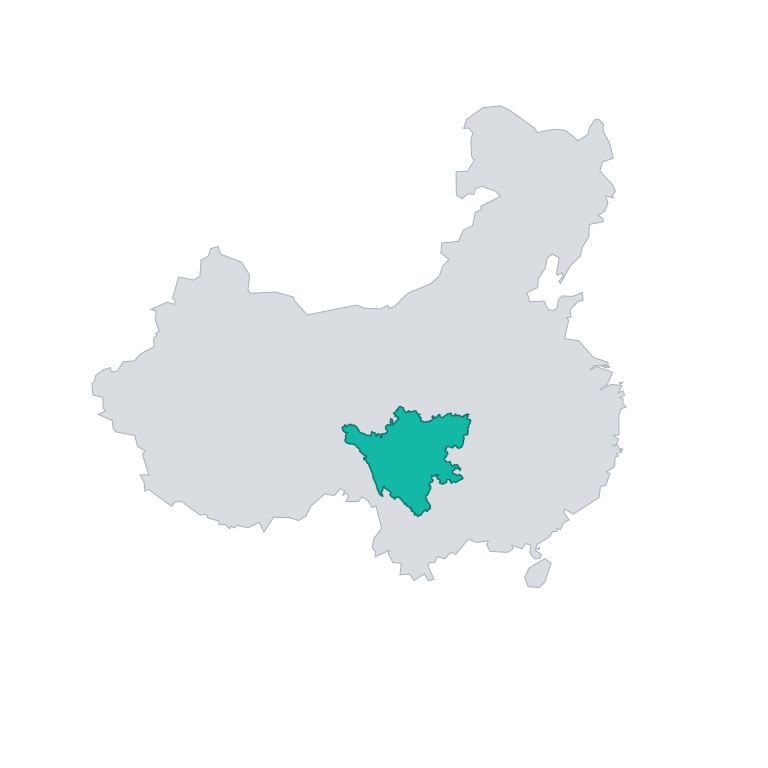 China, with Sichuan highlighted, rotated 344°
{"feature_id": "CHN-1809", "entity_name": "Sichuan", "entity_type": "Province", "adm_level": 1, "iso_a3": "CHN", "parent_name": "China", "parent_adm1": "", "projection": "orthographic", "projection_center": [103.034, 30.167], "detail": "fine", "context": "in_parent", "style": "filled", "palette": "teal", "viewbox_px": 768, "rotation_deg": 344, "n_neighbors": 0, "source": "natural_earth", "source_scale": "10m", "svg_char_len": 9814}
<svg xmlns="http://www.w3.org/2000/svg" viewBox="0 0 768 768"><g transform="rotate(344 384 384)"><path d="M456.3,579.9L439.9,574.2L438.3,567.3L441.1,563.6L429.4,562.0L422.3,556.5L406.0,567.5L402.0,564.3L394.1,568.7L387.8,564.7L383.5,569.6L378.3,568.1L376.0,571.2L378.4,585.8L372.4,585.2L370.4,577.7L358.7,581.1L356.0,573.8L346.8,571.8L351.2,561.2L343.3,557.9L341.3,548.3L343.4,545.5L327.7,547.6L329.7,543.5L327.7,538.0L331.5,529.9L341.9,522.1L342.7,499.3L338.5,499.4L336.4,491.4L331.4,486.3L327.3,489.9L315.2,486.6L319.0,482.1L317.5,478.2L313.9,479.7L316.7,475.5L313.2,472.6L305.3,477.6L296.7,473.3L280.1,481.2L272.5,489.6L264.2,491.8L256.5,486.3L240.9,481.7L227.8,493.3L225.9,482.6L214.0,484.7L203.0,479.2L200.4,481.2L197.6,478.3L195.6,480.7L192.8,475.3L186.6,473.8L187.5,470.2L177.8,464.2L177.0,459.9L171.2,459.4L157.0,441.2L150.3,439.7L146.2,443.0L128.6,420.5L124.6,421.0L126.3,412.4L124.4,404.2L132.9,406.4L132.4,385.5L135.8,382.3L129.9,376.1L130.2,364.8L113.1,356.1L111.3,352.3L112.8,344.4L100.8,334.4L108.7,333.1L107.4,329.8L110.0,319.4L101.3,314.2L103.3,303.0L106.3,302.1L109.0,296.4L118.4,292.9L125.5,292.8L125.3,297.2L131.3,298.1L139.3,290.8L150.6,292.9L158.1,288.0L173.5,284.8L175.0,276.7L179.2,274.8L178.4,272.4L182.4,271.6L181.8,258.9L185.2,251.3L180.5,248.1L198.1,245.5L204.6,249.7L206.4,246.1L204.4,243.4L216.0,224.6L230.0,231.7L236.8,229.7L242.3,214.3L250.3,212.7L254.7,206.1L262.7,206.3L262.6,214.1L280.7,227.7L284.8,242.6L279.3,255.5L280.6,260.0L304.8,265.6L321.1,275.5L320.6,278.6L329.3,296.4L379.5,300.6L386.0,305.7L401.5,311.0L409.4,309.3L409.4,312.2L414.3,312.9L431.8,303.4L457.1,300.3L467.1,295.3L472.3,287.5L480.7,282.0L474.7,273.9L478.4,264.5L494.7,267.3L502.6,258.1L512.8,256.1L519.0,244.5L525.8,242.8L526.2,239.8L547.5,235.7L544.8,229.8L532.0,220.8L525.6,221.6L522.8,226.4L517.1,224.3L510.0,227.5L505.7,222.2L511.8,199.8L522.6,202.4L532.6,193.9L530.9,189.8L534.6,174.0L538.5,167.1L536.2,161.4L531.0,160.3L536.4,152.3L555.3,145.7L572.5,148.7L580.5,155.8L599.2,179.6L600.7,184.6L617.8,186.0L628.5,190.3L637.5,203.6L649.0,200.1L652.3,193.8L659.8,188.0L663.2,188.5L666.7,194.8L664.3,201.2L667.2,214.7L666.6,230.2L655.3,230.7L650.2,238.7L659.0,256.4L659.4,262.8L654.6,266.4L656.3,268.6L648.8,264.2L649.3,271.6L644.1,278.5L636.4,281.0L640.0,285.3L639.6,288.4L625.3,287.2L621.4,299.1L612.5,306.9L608.3,315.0L595.5,321.8L581.4,336.0L580.3,333.6L585.5,330.2L586.1,326.4L580.8,327.3L580.2,325.2L587.3,311.1L581.8,305.7L575.7,307.7L570.7,317.5L561.2,325.4L558.4,333.5L546.6,335.7L546.8,345.2L560.7,348.4L562.4,357.8L566.3,359.8L571.1,358.9L574.9,351.2L579.5,348.4L589.5,351.8L600.0,350.8L598.2,358.8L593.7,357.9L583.1,364.1L582.5,371.0L577.7,370.8L579.2,373.5L570.0,390.2L583.0,396.1L592.8,416.4L605.1,424.7L604.8,427.5L590.4,424.3L585.5,427.4L592.8,425.6L607.0,435.8L598.2,446.4L593.2,447.2L590.7,449.6L602.3,446.9L612.3,451.1L606.8,457.3L611.9,456.3L612.1,461.1L606.9,462.1L609.8,464.0L608.2,468.5L610.4,472.9L605.1,473.3L601.3,478.2L595.8,497.7L590.3,496.5L594.4,502.0L590.1,506.4L586.2,506.1L592.0,506.8L593.0,514.9L587.8,514.9L589.4,517.6L585.8,518.5L583.0,526.8L573.6,530.0L576.4,532.7L569.2,542.5L563.7,542.4L559.3,552.4L530.0,561.3L523.4,554.1L521.3,556.8L524.6,565.7L519.0,566.4L513.2,572.7L510.3,570.2L509.8,573.4L505.3,572.3L501.3,576.5L486.7,580.5L483.7,585.9L488.4,591.2L486.5,594.3L480.7,593.8L477.6,586.6L480.7,579.0L476.0,576.5L471.0,580.3L462.4,574.3L462.8,577.9L456.3,579.9ZM490.4,596.2L495.3,602.2L484.0,618.9L477.2,622.3L466.7,618.7L465.9,608.6L473.2,600.6L490.4,596.2ZM606.3,430.0L602.5,429.9L598.6,427.1L601.4,427.3L606.3,430.0ZM614.1,448.1L611.4,449.3L610.5,447.7L614.1,448.1ZM595.2,511.9L593.9,514.3L593.8,511.5L595.2,511.9ZM485.3,585.0L488.2,583.8L488.1,585.3L485.3,585.0Z" fill="#d9dde1" stroke="#a8b0b8" stroke-width="1"/><path d="M456.9,436.7L455.2,437.2L455.8,438.2L455.0,438.5L454.2,440.1L454.3,440.4L456.8,441.9L457.2,442.5L457.2,443.3L456.5,444.0L456.1,445.2L455.5,445.9L454.1,446.5L453.6,448.8L452.1,449.9L452.2,450.5L451.8,452.5L451.0,453.7L451.3,454.2L451.1,454.8L449.9,455.8L449.5,455.8L448.7,454.7L447.9,455.3L446.5,455.5L445.9,456.1L445.6,456.9L446.1,457.9L446.0,458.5L445.3,459.7L444.9,460.0L443.3,463.6L441.1,466.1L440.3,466.1L438.4,466.5L437.6,466.3L436.7,464.8L436.2,463.4L435.4,462.5L434.9,462.9L434.1,462.8L433.8,463.5L432.6,463.6L431.9,464.2L430.5,462.6L428.0,461.9L427.1,461.4L426.6,461.6L425.9,462.9L426.0,463.6L424.9,463.6L424.8,463.9L425.0,464.5L424.0,465.0L424.1,465.5L426.3,467.0L425.9,467.9L425.9,469.0L424.2,469.8L424.0,471.0L423.4,471.0L423.0,471.4L422.2,471.5L421.1,473.0L421.2,474.1L421.5,474.6L422.4,475.1L422.6,476.2L423.1,476.6L425.4,477.2L425.7,476.7L426.0,476.7L426.5,480.6L427.2,481.6L428.0,481.8L429.5,481.0L430.8,481.7L431.7,481.7L432.5,482.1L432.9,484.6L434.2,486.3L434.1,486.9L433.4,487.7L433.1,486.7L431.8,486.1L429.3,484.0L428.7,484.8L428.4,485.9L427.1,486.2L426.4,486.1L425.9,486.4L425.7,487.1L425.2,487.6L425.7,488.3L425.7,489.7L428.2,490.6L428.5,492.0L429.9,492.2L431.1,491.7L431.9,492.0L432.2,492.3L432.3,493.2L433.4,494.0L433.9,496.3L432.7,497.1L431.1,496.9L430.4,497.3L428.8,497.4L428.1,497.9L427.1,497.9L425.8,498.5L424.3,497.2L423.8,497.1L422.5,497.4L421.6,498.0L420.8,496.2L421.2,495.4L421.4,494.3L420.4,494.3L420.0,493.5L418.7,493.1L417.7,493.6L417.5,495.1L416.7,495.7L415.4,496.1L414.5,496.0L413.2,496.4L411.9,495.9L410.3,494.6L410.1,493.8L411.4,493.2L411.0,491.9L411.2,491.4L410.6,490.6L409.6,490.3L409.3,489.8L409.1,487.2L410.6,486.8L411.3,486.0L410.6,485.8L409.6,486.0L409.0,485.6L408.9,485.9L407.2,486.3L406.7,486.0L405.8,486.3L404.7,486.0L404.5,485.4L403.7,487.4L404.7,490.1L402.9,491.6L401.9,490.9L401.1,491.3L400.7,492.0L399.7,492.7L399.6,493.9L400.1,494.0L400.4,494.9L401.0,494.7L400.5,495.2L400.3,496.5L399.7,497.7L397.7,499.3L397.9,500.0L396.9,500.3L395.8,502.4L394.2,502.8L393.8,502.3L393.0,504.0L393.3,506.1L392.9,507.5L393.1,507.9L393.2,508.9L394.0,510.2L394.7,512.5L394.7,513.3L395.0,513.9L394.8,514.5L394.3,514.8L394.4,516.0L394.2,516.4L393.7,516.7L392.9,516.4L390.5,518.4L389.6,517.8L389.8,516.7L389.1,516.2L388.4,516.8L387.1,517.1L386.4,517.9L385.3,518.2L383.6,520.1L381.3,519.9L380.5,520.8L379.6,520.0L379.4,518.9L378.3,518.1L377.6,518.5L377.3,518.3L377.2,517.2L377.9,516.6L378.0,516.3L376.8,514.6L375.7,514.1L375.3,513.6L376.3,511.8L376.4,510.8L376.0,510.7L375.5,511.4L375.1,511.3L374.6,509.6L372.3,507.4L372.1,506.9L372.6,505.5L372.5,505.1L371.7,505.0L370.9,505.3L370.6,505.2L370.2,502.7L369.6,501.7L369.0,501.2L369.0,500.2L366.6,495.9L366.1,495.7L365.2,496.7L363.9,496.2L362.5,497.7L362.3,497.3L362.2,496.0L361.2,495.5L359.7,493.5L359.2,491.8L360.8,490.9L360.7,489.7L359.0,487.9L358.3,486.5L357.2,485.9L357.0,485.0L355.9,484.0L355.8,482.7L354.6,483.1L354.3,484.0L353.7,484.6L353.2,486.1L351.8,486.6L351.6,486.9L351.9,487.7L351.7,489.4L352.0,490.4L351.7,492.1L351.6,491.4L350.3,490.1L350.3,489.7L349.8,489.2L349.1,487.9L349.3,487.0L349.3,485.8L348.8,484.8L348.5,482.5L348.8,480.8L348.8,477.3L348.3,476.2L348.2,472.8L347.6,471.5L348.0,470.0L347.9,469.3L348.5,468.0L348.3,466.1L347.8,464.9L347.7,460.7L347.4,460.3L347.4,459.1L347.1,457.9L347.8,457.1L345.9,455.0L345.7,454.7L346.1,453.5L345.3,452.5L344.9,451.7L343.9,451.0L344.1,450.8L344.2,449.4L344.5,449.1L344.9,449.1L345.8,450.3L347.2,448.7L344.0,445.3L343.7,444.2L342.2,442.3L342.2,441.4L342.5,441.0L342.7,440.0L341.1,438.0L340.2,436.3L340.1,434.9L338.7,434.2L338.0,433.4L334.1,431.9L333.5,431.1L333.0,431.0L331.6,429.9L331.2,429.1L330.9,427.2L331.4,426.5L332.6,425.8L332.4,424.3L332.6,423.4L334.1,421.6L335.1,421.3L335.5,420.8L333.0,419.6L332.7,418.4L332.1,418.1L331.7,417.6L331.9,416.0L331.6,414.8L331.9,414.2L334.4,413.5L334.8,412.7L335.0,412.6L335.4,412.6L335.8,413.2L336.0,414.6L337.3,414.3L339.2,413.4L341.3,413.8L341.9,415.0L343.5,415.0L345.9,417.6L345.5,418.3L346.7,420.0L347.1,421.9L347.0,422.7L348.0,424.5L351.6,426.5L352.6,428.3L355.2,429.1L357.1,430.3L357.5,430.2L358.0,428.0L358.7,427.7L359.0,426.6L359.9,427.6L361.1,427.9L362.2,429.2L362.3,430.4L361.8,431.4L362.1,431.8L363.0,431.9L363.4,430.7L365.0,430.3L366.0,431.4L366.8,433.0L365.7,434.3L366.4,435.1L367.2,434.5L367.7,432.6L368.1,432.0L368.1,431.4L369.9,431.7L370.9,432.2L372.5,431.5L373.2,431.7L373.7,431.5L374.5,429.7L374.4,429.0L373.5,428.4L373.3,427.9L373.4,426.7L374.0,425.2L375.5,424.6L376.1,424.9L376.5,424.2L376.9,424.2L377.8,424.7L378.7,425.8L379.1,425.6L380.1,423.8L379.4,423.1L379.4,422.2L379.7,421.7L380.5,421.1L380.9,419.3L381.9,420.1L381.9,420.7L382.3,421.6L381.9,423.0L381.2,424.1L381.5,424.9L381.5,425.8L383.0,424.5L384.2,424.4L384.8,423.3L385.8,423.0L386.4,422.3L387.5,421.9L388.3,421.3L388.3,421.1L388.6,421.2L388.2,420.4L388.6,420.2L387.2,419.3L386.8,418.7L387.0,417.7L386.4,417.7L386.8,417.4L386.0,416.7L386.2,416.4L385.1,414.8L386.3,414.3L387.4,414.4L388.3,413.1L390.3,412.9L390.3,412.6L389.6,412.2L389.8,411.9L391.1,411.2L391.8,410.5L393.4,410.0L394.5,411.3L395.9,412.1L396.0,415.0L396.5,415.6L396.5,416.6L396.9,417.0L397.7,417.3L398.7,417.3L400.4,416.5L400.6,416.6L400.2,417.7L400.3,418.0L401.5,417.9L402.9,418.4L404.6,418.3L406.6,418.4L407.1,418.8L407.5,419.5L407.5,420.8L408.8,422.5L409.9,423.1L408.7,423.6L408.9,424.8L410.3,426.9L410.0,427.8L409.2,428.0L408.9,428.4L408.8,429.3L409.2,429.6L410.2,429.9L412.3,431.7L415.0,432.1L415.8,432.5L417.5,432.1L418.2,432.7L419.1,431.8L420.0,432.0L421.8,430.7L421.9,430.3L421.1,429.2L421.4,428.6L421.9,428.3L422.4,428.2L423.1,429.7L423.3,430.7L423.9,431.1L425.1,430.3L426.0,430.4L426.8,429.1L429.1,428.7L429.3,429.0L428.8,430.2L428.9,430.9L429.5,431.7L430.8,432.4L431.4,432.4L432.5,431.7L435.3,431.1L436.3,430.2L437.7,430.5L439.9,430.4L440.6,431.1L440.3,432.9L440.5,433.2L442.5,434.0L443.9,432.9L444.6,432.8L444.8,434.4L447.1,434.6L448.5,435.7L449.4,436.8L450.9,437.7L451.1,437.6L451.2,436.9L451.6,436.6L453.2,436.4L453.9,436.0L456.3,436.0L456.9,436.7Z" fill="#14b8a6" stroke="#0f766e" stroke-width="1.5"/></g></svg>